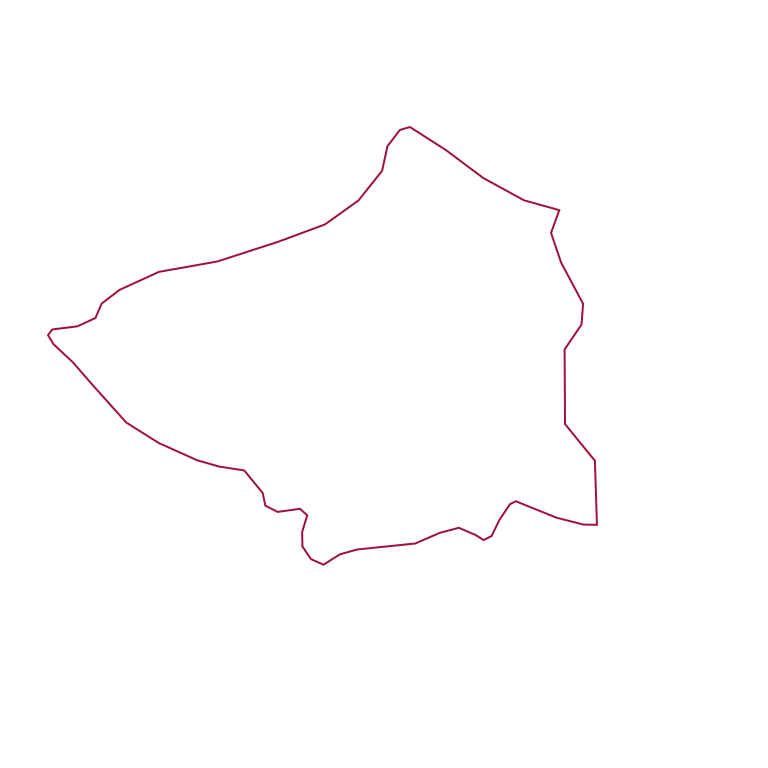 Valentín, Salto, Uruguay, rotated 144°
{"feature_id": "84410073B27014613956982", "entity_name": "Valentín", "entity_type": "district", "adm_level": 2, "iso_a3": "URY", "parent_name": "Uruguay", "parent_adm1": "Salto", "projection": "mercator", "projection_center": [-57.163, -31.313], "detail": "fine", "context": "isolated", "style": "outline", "palette": "rose", "viewbox_px": 768, "rotation_deg": 144, "n_neighbors": 0, "source": "geoboundaries", "source_scale": "gbopen_adm2", "svg_char_len": 862}
<svg xmlns="http://www.w3.org/2000/svg" viewBox="0 0 768 768"><g transform="rotate(144 384 384)"><path d="M140.0,421.6L162.7,450.2L182.6,492.2L196.3,536.5L212.0,576.7L221.9,580.2L241.5,574.3L260.2,557.6L296.8,547.5L337.9,547.8L385.8,561.2L446.8,581.1L500.1,607.0L542.6,615.6L565.2,615.0L578.6,607.0L598.2,610.9L620.3,623.1L627.1,621.0L628.0,610.6L622.9,584.1L620.6,557.3L615.2,504.4L600.9,468.6L580.1,432.3L566.2,414.4L547.9,396.2L546.2,367.2L551.5,355.3L545.3,343.1L525.3,332.4L523.3,322.9L537.2,312.4L545.5,300.5L546.0,285.2L539.2,273.4L519.6,272.1L502.8,265.8L452.5,236.6L426.4,230.8L408.0,223.7L398.6,207.9L395.2,199.2L386.3,197.8L370.5,206.2L352.8,212.7L346.3,211.7L323.0,174.4L305.3,153.1L294.5,144.9L258.5,197.9L261.1,245.2L217.6,305.8L189.3,316.0L175.8,331.8L169.3,378.3L160.0,408.1L140.0,421.6Z" fill="none" stroke="#9f1239" stroke-width="2"/></g></svg>